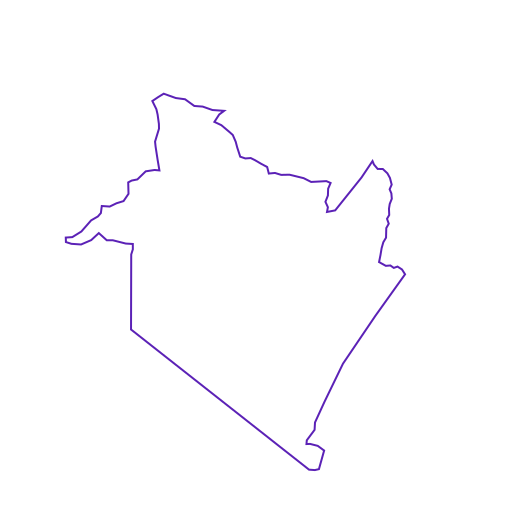 outline of Capivari do Sul, Rio Grande do Sul, Brazil, rotated 215°
{"feature_id": "56859067B15190363364633", "entity_name": "Capivari do Sul", "entity_type": "district", "adm_level": 2, "iso_a3": "BRA", "parent_name": "Brazil", "parent_adm1": "Rio Grande do Sul", "projection": "robinson", "projection_center": [-50.485, -30.147], "detail": "fine", "context": "isolated", "style": "outline", "palette": "violet", "viewbox_px": 512, "rotation_deg": 215, "n_neighbors": 0, "source": "geoboundaries", "source_scale": "gbopen_adm2", "svg_char_len": 1565}
<svg xmlns="http://www.w3.org/2000/svg" viewBox="0 0 512 512"><g transform="rotate(215 256 256)"><path d="M388.4,268.3L394.9,262.1L397.1,250.7L401.1,246.5L402.9,243.0L396.1,233.8L396.0,225.0L400.5,219.2L404.2,212.6L411.0,208.5L407.7,202.2L408.2,197.7L411.5,190.6L413.1,175.9L417.3,166.1L422.4,162.0L419.7,158.4L414.2,160.1L405.9,165.1L400.1,174.5L397.9,184.6L387.3,183.3L382.2,186.8L369.8,191.5L363.8,195.2L360.7,190.8L359.1,185.7L316.2,124.1L90.0,111.4L85.0,114.4L82.2,117.5L88.6,135.7L96.5,135.9L103.9,133.1L106.8,130.9L108.7,134.2L108.3,147.2L112.2,153.5L116.3,176.0L123.0,217.7L123.9,275.5L123.4,326.5L128.7,328.7L134.0,328.5L136.3,325.3L140.5,325.3L144.0,322.4L151.7,321.6L154.5,328.0L157.6,334.5L159.6,340.3L160.0,345.6L165.3,353.6L165.8,358.6L170.0,361.6L170.4,366.0L174.2,371.0L176.3,375.3L177.6,380.8L181.0,384.9L184.8,387.3L185.8,392.3L191.1,396.8L195.8,399.1L202.0,400.0L206.3,397.1L211.9,398.6L215.0,400.6L214.6,380.8L217.3,338.8L223.1,332.8L225.1,337.2L230.2,340.2L231.8,346.8L235.5,352.5L236.8,358.6L241.3,357.7L253.3,348.3L261.6,347.1L268.8,344.3L271.9,343.1L275.2,341.8L281.9,336.9L288.1,334.9L292.8,330.9L297.9,335.3L304.5,334.5L311.9,333.9L316.5,333.2L320.7,329.8L325.9,328.3L329.2,330.8L333.6,334.1L338.1,337.9L344.4,341.8L348.5,342.3L359.4,343.3L367.0,342.0L367.3,350.8L365.4,356.6L375.4,350.6L385.4,347.8L392.6,343.5L404.0,343.7L412.3,339.4L424.7,336.0L427.1,330.5L429.8,323.5L421.8,319.1L417.7,315.4L411.3,308.5L408.5,304.7L404.3,291.8L400.9,287.9L391.7,278.3L384.2,270.7L388.4,268.3Z" fill="none" stroke="#5b21b6" stroke-width="2"/></g></svg>